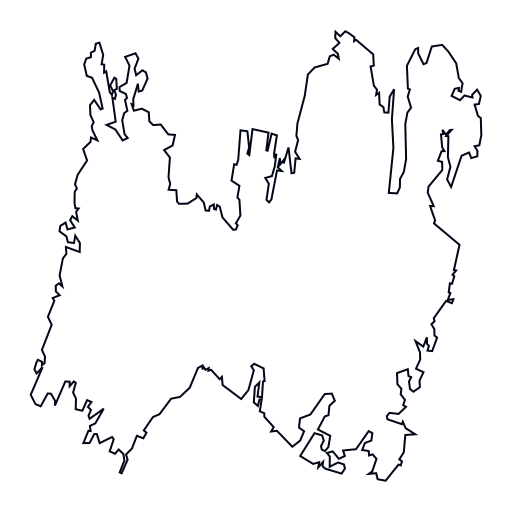 outline of Kvitsøy nor, Norway
{"feature_id": "86288312B53863768587168", "entity_name": "Kvitsøy nor", "entity_type": "district", "adm_level": 2, "iso_a3": "NOR", "parent_name": "Norway", "parent_adm1": "", "projection": "orthographic", "projection_center": [5.409, 59.066], "detail": "fine", "context": "isolated", "style": "outline", "palette": "ink", "viewbox_px": 512, "rotation_deg": 0, "n_neighbors": 0, "source": "geoboundaries", "source_scale": "gbopen_adm2", "svg_char_len": 5895}
<svg xmlns="http://www.w3.org/2000/svg" viewBox="0 0 512 512"><path d="M104.2,64.7L101.6,64.2L103.2,54.9L99.4,42.7L95.8,43.7L94.6,50.8L90.9,52.7L90.9,57.2L86.3,58.6L84.2,64.4L86.8,75.9L92.0,77.7L99.2,92.8L102.6,108.6L100.6,109.4L94.2,99.9L90.0,105.2L90.4,115.0L93.7,122.2L91.7,126.3L92.5,130.5L97.4,140.4L91.0,137.5L90.5,141.9L83.1,149.0L87.1,160.5L77.7,174.7L75.0,184.2L76.9,188.6L74.7,191.7L74.5,203.0L75.4,208.2L78.6,208.5L76.1,211.9L77.8,220.6L72.3,216.2L70.1,220.2L74.8,227.5L67.5,229.4L65.6,222.6L60.3,225.9L59.5,231.3L66.4,236.4L67.9,242.2L74.0,243.0L75.3,235.7L79.9,243.1L79.7,252.0L65.9,247.0L66.4,253.9L62.9,258.4L59.6,275.5L62.4,286.4L58.9,283.3L55.7,285.8L55.9,291.5L59.7,295.2L52.7,298.0L54.3,300.9L47.9,316.8L51.7,324.8L41.9,349.9L45.0,356.6L44.6,363.1L41.9,365.2L42.1,361.9L37.9,359.8L36.3,362.8L34.4,369.3L36.6,373.5L42.6,367.1L30.7,394.8L35.5,404.1L40.7,406.3L47.7,393.5L51.0,393.7L55.1,400.9L54.9,405.6L65.3,381.5L69.6,381.7L69.7,386.2L73.8,381.4L75.8,382.9L73.1,392.5L76.0,398.7L75.7,409.2L82.4,410.7L87.1,400.1L91.4,402.0L87.9,406.9L91.0,409.9L88.5,415.7L89.6,418.8L103.7,408.7L95.3,423.4L89.9,425.9L90.6,431.1L88.4,430.8L83.4,443.1L89.6,443.0L94.2,434.1L96.8,434.0L99.7,443.1L112.1,437.0L113.7,439.3L109.7,451.3L115.0,453.8L118.7,449.5L123.4,454.0L124.4,460.5L119.7,472.4L121.6,473.3L127.6,459.7L126.0,454.5L131.9,448.6L136.9,435.8L143.3,438.3L146.5,432.7L143.8,430.4L152.9,417.1L159.5,414.2L171.1,398.7L180.0,396.9L189.7,387.8L198.0,367.9L202.4,365.6L202.6,369.6L203.1,366.3L205.5,369.8L208.7,368.1L208.4,370.7L211.1,369.8L219.7,379.2L221.9,376.9L222.6,385.0L241.2,399.0L248.4,390.1L253.8,370.4L251.3,366.2L254.2,363.8L263.6,368.4L264.6,381.1L263.0,381.5L262.0,397.1L257.5,396.6L259.3,382.5L254.9,386.8L253.8,402.4L257.9,405.9L259.5,399.5L261.7,399.2L259.8,411.3L264.3,413.3L264.3,416.7L273.7,427.1L271.1,431.5L276.9,430.8L292.3,446.7L300.1,440.7L304.1,431.3L299.0,427.6L300.0,418.4L310.4,414.5L324.7,394.1L331.8,393.6L334.8,400.8L329.4,405.8L328.5,415.2L324.8,416.4L317.9,429.5L330.2,435.8L328.4,447.0L325.0,451.1L321.8,449.6L321.0,446.2L323.8,440.5L322.1,435.4L314.5,433.2L300.2,456.0L313.1,463.9L319.2,462.2L318.3,467.3L323.1,461.9L322.6,466.4L325.4,468.7L341.6,473.6L345.0,468.4L343.9,464.4L338.0,462.5L329.7,466.8L329.8,456.5L326.9,453.0L332.7,451.4L338.9,458.8L344.8,456.0L343.1,450.5L356.0,449.2L368.7,431.1L372.4,433.2L371.3,440.6L364.9,443.0L362.2,450.0L368.7,451.0L369.1,455.5L372.6,454.4L376.5,458.9L372.2,471.5L368.8,473.9L376.2,473.2L377.6,479.2L385.6,480.7L398.5,464.6L400.7,465.4L402.0,461.4L399.3,459.4L403.8,452.2L405.3,435.0L415.2,434.3L405.7,428.2L402.8,421.7L401.9,424.2L387.5,419.3L386.8,416.3L389.4,412.9L398.6,413.9L406.0,406.8L403.2,405.1L405.0,399.8L400.7,394.4L401.4,388.8L397.4,384.2L397.0,373.1L407.8,369.2L408.5,376.0L411.2,377.2L409.0,381.5L410.0,389.0L413.4,391.7L419.9,387.2L419.5,380.6L423.5,372.2L416.0,368.7L420.2,359.5L420.0,352.4L415.5,341.1L423.3,346.6L426.9,337.3L427.0,343.9L428.9,345.8L427.5,350.6L432.2,351.1L437.1,337.6L434.5,335.5L434.3,329.1L431.4,324.2L434.6,321.2L433.7,318.3L446.1,300.9L451.9,303.2L453.4,299.2L447.8,299.9L450.4,293.0L448.7,292.5L449.9,283.3L452.0,283.8L454.3,276.3L452.5,274.8L456.1,270.5L453.9,270.1L459.5,244.8L434.0,223.4L435.1,220.4L430.1,206.0L433.7,206.2L427.7,192.6L428.6,186.5L442.3,170.0L442.1,161.9L437.9,160.8L441.6,151.1L444.4,151.1L442.2,147.4L441.0,134.4L443.3,134.0L442.5,129.8L445.9,134.6L450.0,130.0L451.6,129.9L446.2,136.0L448.4,136.3L447.9,157.1L450.4,166.9L447.1,179.4L451.1,187.0L461.6,155.7L469.1,152.5L471.2,158.1L477.3,156.3L477.5,151.0L474.6,146.2L479.3,145.3L481.3,135.2L480.8,118.1L477.9,115.8L474.6,104.6L478.9,104.0L480.8,95.9L477.1,89.6L472.1,94.9L472.5,97.5L464.5,95.5L460.0,100.2L451.6,95.9L454.7,88.8L459.0,87.9L458.6,90.8L461.1,91.8L462.6,83.3L458.8,78.0L456.2,63.3L448.2,51.4L442.2,44.9L431.8,46.5L426.5,63.0L423.5,64.2L418.2,53.4L418.1,48.0L415.2,49.3L406.9,65.8L407.9,88.6L409.9,89.4L407.7,96.6L411.1,107.7L407.4,112.6L405.3,124.1L406.1,159.2L403.8,172.0L400.0,179.0L399.9,187.3L397.2,193.4L388.8,192.9L393.4,148.0L391.9,119.3L394.1,89.2L389.7,96.7L388.4,112.7L384.3,112.4L383.4,107.1L379.6,104.4L379.1,92.8L376.1,94.9L377.0,89.7L373.9,85.7L370.6,66.5L373.8,65.6L373.2,54.4L356.1,39.8L354.1,41.1L354.4,37.2L349.0,33.3L345.3,31.3L340.3,36.3L335.5,31.8L335.2,38.0L339.4,42.9L332.7,49.0L337.8,53.7L338.8,58.7L333.8,54.7L329.8,56.3L327.6,63.8L314.6,67.5L307.9,74.5L304.7,96.0L297.4,123.6L296.4,135.8L298.1,140.1L295.1,151.8L299.6,158.9L295.6,158.4L294.2,172.8L291.5,173.2L288.5,147.5L283.7,163.5L283.5,160.2L280.2,164.4L279.9,158.0L277.8,167.4L281.7,171.0L277.0,170.5L271.4,199.4L269.1,202.4L266.5,199.9L268.8,183.8L265.3,177.9L271.9,176.1L274.7,166.7L276.4,153.8L274.3,158.1L274.1,153.3L276.9,135.4L271.6,133.6L267.6,150.7L266.3,150.3L268.5,132.6L252.5,129.1L249.3,155.1L247.4,153.6L249.1,147.3L247.4,131.3L240.5,130.3L238.2,159.8L236.6,164.9L234.2,164.2L231.5,180.6L239.4,185.8L237.4,197.6L239.4,199.7L240.4,215.5L235.9,223.3L237.7,225.3L235.9,229.5L233.2,229.8L222.5,217.4L219.7,206.6L217.1,205.0L215.9,209.6L214.0,208.9L213.8,204.5L209.8,206.5L209.0,210.8L205.6,210.5L203.8,202.5L196.8,194.5L196.4,198.0L187.7,203.6L179.0,203.8L177.1,201.6L176.3,190.2L168.6,189.8L170.2,183.9L168.5,177.3L169.9,157.5L164.1,150.1L172.6,145.5L175.0,134.9L168.3,134.4L160.7,124.5L153.2,125.1L149.3,121.2L148.8,112.3L141.9,108.7L133.9,110.7L131.7,104.3L133.5,105.3L133.2,99.4L137.9,83.7L138.7,91.5L142.2,90.6L147.6,78.5L145.9,72.4L142.4,70.3L136.2,75.2L134.6,68.7L138.4,58.6L135.5,53.3L125.1,56.9L129.5,65.6L126.6,82.9L119.5,87.1L119.7,91.0L125.9,94.0L127.0,98.0L125.0,99.9L127.4,110.8L124.2,113.1L122.2,120.2L124.6,134.3L127.7,138.0L122.6,140.4L115.4,129.5L106.6,124.9L115.7,121.7L112.4,97.6L114.9,98.9L116.0,94.9L114.3,90.1L116.9,88.8L116.2,78.9L114.4,77.7L110.2,85.3L113.0,91.3L112.0,95.0L109.8,92.3L106.2,71.3L104.1,72.6L104.2,64.7Z" fill="none" stroke="#020617" stroke-width="2"/></svg>